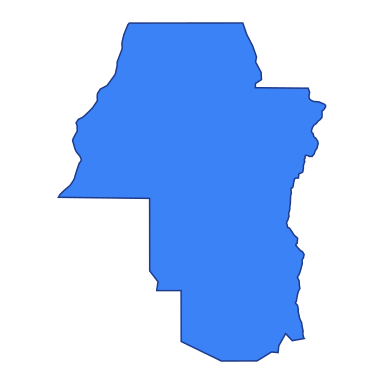 Adams, Idaho, United States of America
{"feature_id": "52423323B12250244819251", "entity_name": "Adams", "entity_type": "district", "adm_level": 2, "iso_a3": "USA", "parent_name": "United States of America", "parent_adm1": "Idaho", "projection": "robinson", "projection_center": [-116.339, 44.856], "detail": "fine", "context": "isolated", "style": "filled", "palette": "blue", "viewbox_px": 384, "rotation_deg": 0, "n_neighbors": 0, "source": "geoboundaries", "source_scale": "gbopen_adm2", "svg_char_len": 2548}
<svg xmlns="http://www.w3.org/2000/svg" viewBox="0 0 384 384"><path d="M308.2,88.2L255.3,87.7L255.5,83.5L261.5,79.6L261.1,72.4L255.6,62.0L256.5,56.9L252.7,46.0L246.8,34.6L242.8,23.0L129.3,23.1L127.9,24.7L126.4,28.4L123.9,34.5L122.0,42.7L121.9,43.6L122.2,47.7L121.9,49.4L117.1,62.2L117.1,65.7L115.5,73.3L115.2,74.2L114.7,75.1L107.0,85.6L100.3,89.1L97.8,93.0L97.4,93.9L97.2,96.2L97.3,100.2L97.4,100.7L92.8,107.5L89.1,111.4L83.6,116.6L82.0,117.6L78.3,119.4L76.1,122.8L76.1,123.2L76.8,124.5L77.1,125.8L77.2,131.4L76.7,132.0L73.2,138.5L72.6,140.7L74.9,148.5L75.1,149.3L76.5,152.0L80.1,156.5L81.3,159.6L81.2,160.3L80.7,161.3L79.1,163.5L77.9,167.1L76.6,171.0L75.1,175.9L74.5,178.3L73.0,181.1L70.2,185.3L64.2,190.4L60.0,194.5L58.4,197.3L149.6,198.4L149.7,270.9L158.0,281.7L156.7,290.6L181.1,290.6L181.2,341.5L221.3,361.0L257.0,360.9L271.5,352.0L278.1,352.6L278.8,345.8L285.6,333.6L292.3,340.7L304.3,338.5L303.7,337.8L302.8,334.0L303.1,331.1L302.2,326.7L301.6,322.7L299.8,318.9L299.0,315.2L298.2,311.9L298.3,309.2L297.5,305.3L296.0,303.8L295.4,302.6L296.3,301.4L296.8,298.4L297.4,295.0L298.4,291.2L299.9,288.4L299.4,285.7L299.1,280.8L297.4,277.3L299.4,273.8L300.9,269.0L302.3,263.5L302.2,261.6L302.1,260.3L302.2,259.5L303.4,258.0L304.1,254.4L302.4,251.6L301.1,250.9L300.7,250.9L300.2,250.6L300.1,250.2L299.6,249.6L299.1,249.0L298.2,248.1L297.3,247.2L297.0,246.7L296.7,246.1L295.7,245.3L296.2,244.0L297.2,243.2L297.6,238.2L294.0,235.0L292.3,232.2L290.3,229.3L289.3,228.0L287.6,227.3L287.2,225.1L286.5,222.7L287.3,221.1L288.0,219.6L288.2,218.5L288.6,217.5L289.1,216.1L288.9,215.2L288.7,214.1L288.9,212.5L289.4,211.0L289.7,209.9L289.8,208.6L289.9,206.0L290.3,204.2L290.4,200.8L290.6,198.0L290.5,196.2L291.0,194.4L291.3,193.6L291.2,191.7L291.1,190.1L290.8,189.1L291.3,188.0L292.4,187.8L293.1,186.4L293.4,184.1L293.9,181.7L294.5,179.0L295.6,178.2L296.9,177.9L297.7,178.2L298.5,177.9L298.5,177.3L298.8,174.0L301.1,172.9L302.2,172.4L302.8,171.9L303.0,170.7L303.4,168.1L303.4,165.6L304.0,163.6L304.8,161.4L304.1,159.9L305.2,158.0L304.9,156.4L305.6,155.4L307.8,155.5L309.3,156.5L312.1,156.4L314.1,154.0L315.3,150.6L316.9,148.5L317.7,145.2L318.2,143.7L317.7,141.1L316.7,139.8L316.3,138.8L314.8,137.5L313.8,136.7L313.2,133.8L311.8,132.4L311.4,131.1L312.3,127.8L313.8,125.2L316.4,123.4L318.1,121.1L319.8,119.9L321.9,117.5L322.1,114.2L322.0,112.4L322.1,110.9L323.5,110.0L324.8,108.2L325.5,107.1L325.6,105.4L324.1,104.1L319.0,101.9L313.4,101.4L311.1,100.3L309.2,98.6L309.0,95.9L309.6,92.1L308.2,88.4L308.2,88.2Z" fill="#3b82f6" stroke="#1e3a8a" stroke-width="1.5"/></svg>